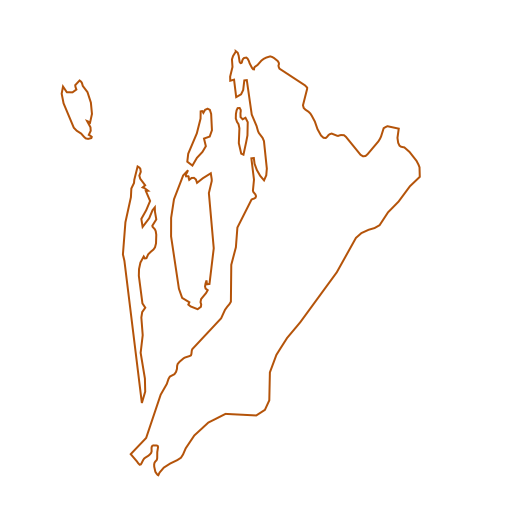 the County of Splitsko-Dalmatinska, rotated 83°
{"feature_id": "HRV-1492", "entity_name": "Splitsko-Dalmatinska", "entity_type": "County", "adm_level": 1, "iso_a3": "HRV", "parent_name": "Croatia", "parent_adm1": "", "projection": "natural_earth1", "projection_center": [16.561, 43.491], "detail": "fine", "context": "isolated", "style": "outline", "palette": "amber", "viewbox_px": 512, "rotation_deg": 83, "n_neighbors": 0, "source": "natural_earth", "source_scale": "10m", "svg_char_len": 4536}
<svg xmlns="http://www.w3.org/2000/svg" viewBox="0 0 512 512"><g transform="rotate(83 256 256)"><path d="M197.4,83.8L205.5,94.7L219.4,107.9L228.7,119.6L240.5,129.6L242.7,134.9L243.7,141.0L246.1,148.6L250.2,154.6L282.0,177.8L327.2,220.2L341.1,235.1L350.2,242.6L356.6,247.8L373.2,256.4L400.9,260.4L409.8,265.9L414.3,275.2L409.0,305.5L415.5,323.6L426.6,339.1L438.3,349.2L444.1,352.6L447.1,355.1L449.0,359.0L451.5,366.4L454.8,373.3L459.2,378.1L461.7,379.7L461.3,380.3L459.9,381.2L457.9,382.2L452.7,382.7L450.5,382.5L449.0,382.0L447.8,381.1L446.7,379.7L446.0,379.2L444.6,378.7L438.6,377.9L433.7,376.5L432.6,376.7L432.0,377.6L431.5,380.9L431.7,381.9L432.4,382.6L433.8,383.1L437.1,383.4L438.7,384.1L440.0,385.5L441.1,387.1L442.6,390.3L443.4,391.7L444.8,392.9L447.8,394.9L448.8,395.7L449.0,396.9L447.3,398.2L445.4,399.2L437.4,404.5L423.2,387.2L382.0,367.5L372.1,360.1L367.3,357.8L365.2,356.2L363.4,351.4L361.3,349.5L358.4,348.2L355.5,347.7L353.6,346.9L351.6,344.7L348.7,340.3L348.1,338.8L347.2,334.1L346.7,332.7L345.5,332.1L341.8,331.2L340.6,330.5L313.6,298.2L305.6,293.3L302.7,290.6L300.6,288.3L298.3,286.5L261.7,281.6L244.9,274.9L225.5,271.0L199.5,253.6L199.1,252.7L198.8,251.0L198.1,249.4L196.6,248.7L194.8,249.1L192.2,250.8L190.8,251.1L180.0,248.7L158.5,248.7L158.5,246.2L164.2,246.2L170.7,244.7L176.9,242.1L181.9,238.8L177.2,236.0L170.6,234.6L142.9,234.1L139.5,235.1L134.2,238.2L132.2,238.8L127.0,239.6L115.1,243.0L80.3,243.7L80.3,246.2L89.7,248.5L93.7,251.1L95.9,256.3L78.3,256.3L78.9,260.2L74.8,259.8L65.5,256.3L57.9,255.9L54.7,254.4L50.6,251.1L50.3,251.1L52.0,249.4L55.1,248.8L61.3,248.6L62.7,247.8L62.6,246.9L61.8,246.3L60.3,245.8L58.9,244.9L58.0,243.7L57.9,241.4L59.1,240.3L61.4,239.4L64.1,238.8L68.9,237.0L70.3,236.1L70.5,235.2L69.1,234.9L68.2,234.2L66.6,231.2L62.7,226.8L61.3,224.4L60.3,221.6L59.6,217.6L60.5,215.6L61.8,213.9L65.1,210.7L66.8,209.9L68.2,209.8L69.8,210.5L71.1,210.4L72.9,209.9L92.6,186.6L95.1,184.7L96.4,184.9L112.1,191.0L114.9,190.6L116.8,189.1L119.2,186.3L121.2,184.7L123.5,183.6L129.7,181.2L137.6,179.5L144.3,176.8L146.9,174.6L147.4,172.4L146.3,170.8L144.8,169.3L144.1,168.0L143.7,166.0L146.6,160.7L146.8,159.8L146.5,158.6L146.3,156.9L146.8,154.0L148.7,152.2L168.3,139.9L170.1,137.6L170.1,135.1L168.6,132.9L157.2,120.6L154.7,118.6L152.6,117.3L144.7,113.7L143.8,111.6L143.2,109.7L147.0,98.8L156.0,101.2L161.0,101.1L164.0,100.1L165.1,98.9L165.7,97.4L166.3,95.5L171.5,90.9L181.1,85.1L185.1,83.6L187.9,82.9L197.4,83.8ZM189.7,330.5L167.2,318.5L162.6,313.0L164.9,314.4L166.5,315.7L168.4,315.7L168.6,313.4L169.4,313.1L170.7,313.3L172.3,313.0L170.7,310.4L170.9,308.0L172.8,306.3L176.2,305.6L172.3,299.2L168.4,290.8L174.4,290.6L176.2,290.8L187.8,295.1L243.2,297.0L278.1,305.6L278.1,308.1L274.2,308.1L277.3,309.5L280.0,310.3L282.2,310.0L284.0,308.1L286.6,310.0L292.0,315.7L295.0,316.7L297.5,316.3L299.7,316.9L301.7,320.4L298.1,327.0L296.0,329.1L293.8,327.8L288.6,334.4L279.1,336.5L226.2,337.9L207.8,335.6L189.7,330.5ZM244.8,387.2L238.2,387.9L206.6,381.5L182.4,373.0L173.8,371.5L168.7,368.2L165.5,367.5L152.7,362.6L154.0,361.0L155.3,360.2L158.4,360.1L162.0,362.0L165.2,361.5L172.3,357.4L174.1,360.1L174.9,358.6L178.1,355.2L178.1,357.4L188.5,354.4L197.2,359.4L205.2,365.3L213.3,365.0L205.5,357.4L197.9,353.1L195.4,350.5L199.5,350.9L207.5,350.5L213.3,355.2L214.4,355.1L217.2,353.1L219.2,352.5L222.8,352.4L231.3,353.7L235.1,355.2L237.1,357.0L238.9,359.8L241.2,362.8L244.8,365.0L244.9,366.7L244.5,367.1L243.7,367.1L242.8,367.5L248.4,371.5L254.7,373.7L261.4,374.7L289.2,374.5L293.8,372.2L297.8,375.8L303.1,377.3L320.8,378.1L338.0,382.3L364.1,381.2L377.1,382.5L388.0,387.2L316.4,387.2L244.8,387.2ZM115.4,407.2L116.6,405.6L117.8,404.5L118.9,405.1L119.3,408.4L118.5,410.7L116.6,412.3L113.2,414.6L109.8,418.7L106.5,421.2L81.0,428.4L71.2,429.1L64.3,426.9L70.4,423.8L71.2,418.2L68.9,414.0L66.1,414.6L64.4,414.6L60.3,409.7L61.5,408.5L62.7,407.8L64.1,407.5L66.1,407.2L72.8,403.3L83.6,401.2L95.0,401.5L103.5,404.5L102.0,406.3L101.5,407.2L108.1,404.6L111.6,404.8L115.4,407.2ZM158.5,308.1L154.0,312.7L146.2,310.8L127.1,299.8L112.9,294.3L105.7,293.3L105.6,291.7L105.9,291.2L106.7,291.1L107.5,290.8L104.7,288.7L103.9,286.1L105.3,284.0L109.5,283.2L125.8,284.4L131.8,287.4L133.1,293.3L140.9,292.4L146.2,296.5L151.4,302.7L158.5,308.1ZM135.3,249.8L142.1,252.0L153.9,256.1L152.6,258.2L141.9,259.3L127.2,256.9L123.0,257.3L120.6,258.5L117.0,259.3L112.5,258.6L109.0,257.5L107.0,256.2L107.1,254.2L109.2,253.4L110.4,253.5L112.3,254.0L116.2,254.4L118.7,252.6L117.5,249.6L122.2,247.9L135.3,249.8Z" fill="none" stroke="#b45309" stroke-width="2"/></g></svg>